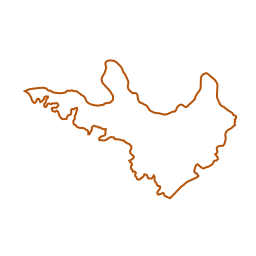 the district of Miguelópolis, São Paulo, Brazil, rotated 6°
{"feature_id": "56859067B41610080669691", "entity_name": "Miguelópolis", "entity_type": "district", "adm_level": 2, "iso_a3": "BRA", "parent_name": "Brazil", "parent_adm1": "São Paulo", "projection": "mercator", "projection_center": [-48.166, -20.191], "detail": "fine", "context": "isolated", "style": "outline", "palette": "amber", "viewbox_px": 256, "rotation_deg": 6, "n_neighbors": 0, "source": "geoboundaries", "source_scale": "gbopen_adm2", "svg_char_len": 4732}
<svg xmlns="http://www.w3.org/2000/svg" viewBox="0 0 256 256"><g transform="rotate(6 128 128)"><path d="M115.5,69.0L113.8,67.0L112.6,66.2L110.3,64.3L107.9,63.0L106.0,62.6L103.6,62.6L101.3,63.0L100.0,63.8L98.8,65.3L98.8,66.9L100.1,70.3L99.1,75.1L98.6,76.6L97.4,78.8L96.7,81.1L96.6,82.5L97.7,85.3L98.8,86.6L102.7,90.0L106.2,93.1L109.6,97.5L110.0,99.7L109.9,102.0L108.5,103.7L107.5,104.7L102.3,106.0L101.2,107.5L98.8,108.0L96.1,108.9L92.2,108.9L88.5,108.3L86.8,107.7L85.3,106.9L84.2,106.1L83.3,104.7L82.9,103.7L82.1,102.5L80.4,100.8L78.1,100.0L76.9,99.0L75.5,98.2L72.8,96.8L70.0,97.0L68.2,96.4L66.3,97.1L63.7,97.2L62.2,99.0L59.1,100.2L55.8,100.6L53.2,100.5L50.9,100.6L48.9,100.1L47.0,98.9L45.7,99.2L44.6,98.9L43.7,98.1L42.5,97.2L39.3,96.8L32.9,98.0L26.7,99.5L25.0,100.2L21.6,102.1L23.1,102.8L24.1,103.3L25.5,104.0L26.4,105.1L27.2,106.0L28.1,107.2L29.0,109.0L29.5,110.5L31.6,112.7L32.8,112.8L33.6,111.8L34.3,109.8L34.8,108.5L36.4,108.5L37.0,109.5L38.2,111.4L39.6,110.6L41.4,107.6L41.7,106.0L43.1,105.1L45.1,105.1L45.1,106.4L43.9,107.9L43.5,110.6L43.1,111.8L42.1,112.9L42.4,114.8L43.4,115.9L44.6,115.1L45.4,112.9L46.4,111.9L47.6,112.0L49.0,112.5L50.2,111.4L51.6,111.3L52.9,111.1L54.7,110.6L56.1,111.8L56.3,113.2L54.6,115.4L53.4,115.4L52.2,115.6L50.7,115.8L50.2,117.1L51.2,118.9L53.8,119.5L55.2,118.3L56.7,118.9L58.1,122.1L59.0,123.6L59.9,124.5L60.6,125.5L62.6,126.0L64.0,125.8L66.0,125.2L66.4,123.2L67.5,121.4L68.7,121.1L69.6,120.4L70.0,119.2L69.7,117.4L69.8,115.4L71.1,114.8L72.3,115.1L73.0,114.0L75.0,113.3L75.5,115.2L74.9,117.6L74.6,120.0L73.8,121.5L73.9,123.0L74.3,124.5L73.0,126.3L72.9,127.7L73.8,130.1L75.6,130.6L76.7,131.9L78.1,132.5L80.5,133.1L81.8,132.7L83.1,132.7L85.0,133.1L86.5,134.2L88.1,134.6L88.8,135.8L89.0,137.0L89.3,138.5L90.5,138.0L90.9,136.3L92.0,134.4L92.1,132.8L92.1,131.3L92.6,130.2L94.0,129.3L95.9,129.9L97.7,129.8L98.9,130.7L100.4,130.3L101.6,131.1L102.8,131.6L104.2,131.7L106.0,131.4L105.9,134.5L106.3,136.7L105.4,137.9L103.2,138.9L101.7,139.6L100.3,141.7L101.0,143.1L102.6,142.9L104.4,143.0L106.2,142.7L107.6,142.2L108.3,141.1L109.5,140.6L110.2,139.6L112.2,138.7L113.9,138.9L115.1,138.8L115.6,140.1L116.7,140.6L118.3,140.2L119.7,140.4L122.0,140.5L123.8,141.0L125.4,140.9L126.4,142.3L127.7,142.6L129.3,143.5L131.2,143.8L132.0,144.9L133.3,145.9L133.4,147.8L132.9,149.5L132.4,150.9L133.1,152.7L134.1,153.9L135.7,154.7L136.9,156.0L136.2,157.8L134.6,159.2L132.7,160.4L133.4,161.5L134.9,162.2L135.9,164.1L135.1,165.5L135.1,166.7L135.2,168.0L136.7,169.2L137.4,170.9L139.2,170.6L140.6,171.9L139.9,173.8L140.4,175.3L141.5,176.0L142.2,177.7L144.0,178.3L145.5,177.6L146.1,176.6L147.2,175.8L148.4,174.6L149.2,172.4L150.8,172.4L152.1,173.3L152.5,174.7L153.7,176.0L155.5,176.0L157.0,175.6L157.6,174.5L158.6,172.5L159.5,173.6L159.9,177.2L160.3,178.4L161.5,179.2L163.5,182.4L165.7,182.5L166.3,184.1L165.8,185.4L163.9,188.8L164.3,190.7L165.6,191.1L166.6,190.4L168.0,189.9L169.5,188.8L170.7,189.6L171.2,191.4L173.2,192.2L175.7,193.0L177.2,193.4L187.4,180.4L188.9,179.2L190.0,177.9L191.6,176.2L193.1,175.0L195.0,173.9L197.1,172.6L199.7,171.1L201.8,169.8L203.1,168.4L202.0,167.3L201.5,166.2L200.2,166.0L199.0,165.0L198.3,163.7L198.6,162.2L199.2,159.0L200.0,157.4L201.1,156.8L203.2,158.4L205.2,159.6L207.0,160.4L208.6,159.7L209.6,158.9L211.1,158.4L212.6,157.8L213.6,157.0L214.7,156.0L215.7,155.2L216.5,153.8L216.6,152.5L217.6,151.5L219.3,151.1L220.6,149.6L220.3,148.0L219.0,146.5L217.5,145.0L219.2,143.5L219.4,142.1L218.6,140.3L218.4,138.6L219.2,137.1L220.9,136.4L222.8,135.9L224.1,135.9L224.9,135.0L225.6,133.5L226.0,131.7L226.1,130.0L226.4,128.3L226.0,126.7L225.5,125.4L225.6,123.2L225.9,121.9L226.6,120.7L227.6,119.6L228.5,118.9L229.7,118.1L231.0,117.2L232.0,115.9L233.0,114.8L234.1,113.9L233.3,111.2L233.9,110.0L233.3,108.4L234.2,107.4L234.4,106.3L234.2,105.0L232.9,104.4L231.6,104.1L230.1,102.1L224.8,99.5L221.0,97.0L219.1,96.4L217.9,95.6L216.9,94.5L213.8,89.3L213.4,88.2L213.0,85.4L212.7,80.3L212.6,77.0L212.4,75.5L211.5,73.6L209.9,71.7L208.4,70.4L201.2,65.5L199.5,65.4L197.9,66.3L196.7,67.1L195.5,69.4L195.3,71.0L195.9,78.3L196.0,80.5L195.7,82.1L195.0,83.7L193.4,86.2L191.8,89.6L191.5,92.3L190.3,93.7L188.4,96.1L187.1,97.4L185.8,98.9L184.6,100.6L183.0,101.2L181.6,100.5L180.2,99.6L178.7,99.2L177.4,99.4L176.5,100.2L175.5,101.3L174.7,102.2L173.7,105.6L172.8,106.7L170.4,107.3L165.6,110.1L163.2,110.8L161.0,110.7L157.6,110.1L156.0,110.2L152.4,110.0L149.5,108.9L148.0,108.3L146.9,107.2L145.7,105.6L144.4,103.9L143.2,103.4L141.5,102.9L139.1,101.7L137.8,101.6L136.2,100.7L135.0,98.3L134.1,95.0L133.5,93.5L132.4,92.6L131.2,92.5L128.9,92.9L124.8,89.8L124.1,88.6L123.5,87.2L123.6,82.5L123.3,81.2L122.5,80.1L120.1,75.7L118.7,74.1L117.7,73.2L116.8,71.6L116.3,70.2L115.5,69.0Z" fill="none" stroke="#b45309" stroke-width="2"/></g></svg>